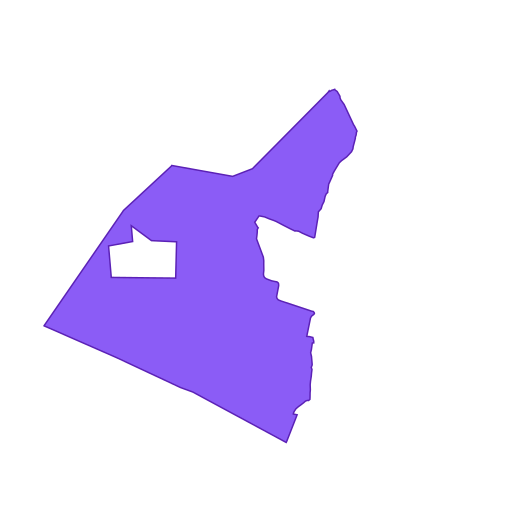 Zemam Out, Ash Sharqiyah, Egypt, rotated 126°
{"feature_id": "37247803B97784107411787", "entity_name": "Zemam Out", "entity_type": "district", "adm_level": 2, "iso_a3": "EGY", "parent_name": "Egypt", "parent_adm1": "Ash Sharqiyah", "projection": "natural_earth1", "projection_center": [31.601, 30.329], "detail": "fine", "context": "isolated", "style": "filled", "palette": "violet", "viewbox_px": 512, "rotation_deg": 126, "n_neighbors": 0, "source": "geoboundaries", "source_scale": "gbopen_adm2", "svg_char_len": 2394}
<svg xmlns="http://www.w3.org/2000/svg" viewBox="0 0 512 512"><g transform="rotate(126 256 256)"><path d="M292.4,158.2L291.5,158.8L290.9,159.3L289.5,161.0L288.5,162.1L289.8,165.4L290.5,166.5L291.2,167.7L274.7,175.2L274.4,175.4L273.1,175.6L272.0,175.7L269.3,174.9L268.3,174.9L268.0,175.1L267.6,175.6L267.2,177.0L267.9,178.5L277.7,209.3L278.4,212.2L278.0,214.0L276.9,215.4L266.7,220.2L265.3,221.3L264.7,222.2L264.6,223.8L265.6,225.9L266.9,228.8L267.8,232.1L268.4,234.3L268.4,236.4L267.7,237.9L266.3,239.3L262.9,241.3L257.7,245.2L255.3,246.9L252.6,249.4L241.8,265.7L238.7,267.4L236.3,268.8L235.4,269.4L233.9,270.5L232.6,270.7L231.9,270.8L231.9,271.2L229.4,276.9L228.1,276.9L221.9,277.1L221.3,276.3L219.3,272.0L218.1,266.9L216.8,262.5L216.2,260.0L215.0,251.7L213.8,244.1L212.9,239.1L212.5,239.0L210.9,236.1L210.3,231.8L208.7,224.6L207.5,220.2L206.5,219.5L205.6,219.9L205.0,220.2L192.1,226.7L188.0,228.7L183.6,231.5L182.7,231.4L179.5,231.1L178.9,231.3L175.8,232.4L174.5,232.6L172.0,233.0L167.2,235.1L164.5,235.7L164.2,235.7L162.5,235.3L162.0,235.7L161.5,236.0L155.0,239.5L153.7,239.7L145.8,241.4L144.8,242.1L143.5,242.3L142.4,242.4L142.1,242.5L141.1,242.6L132.9,243.3L131.6,243.4L128.5,242.8L122.5,240.9L115.4,240.0L114.5,240.2L114.0,240.3L112.7,240.5L112.3,240.6L110.3,241.7L105.1,243.7L102.4,244.8L101.4,245.5L99.3,246.1L98.0,246.8L96.9,247.5L96.3,247.5L95.6,247.7L93.1,252.5L92.4,254.3L91.5,255.9L81.6,273.8L79.8,279.2L78.7,280.9L77.4,282.0L75.2,287.0L75.2,288.4L75.2,289.9L74.9,290.3L76.0,291.0L77.5,292.2L79.3,292.9L79.6,293.1L79.3,293.9L81.4,293.9L167.4,307.1L187.5,310.2L205.3,321.7L232.3,377.4L233.0,377.3L297.1,390.0L298.4,389.9L435.8,386.5L437.0,386.5L437.1,386.4L436.1,382.0L420.2,309.2L406.8,239.8L403.2,227.2L389.1,122.0L387.9,122.2L360.3,129.4L361.9,132.9L361.2,133.3L359.9,133.6L359.3,133.7L359.2,133.7L358.6,133.8L357.9,133.8L356.1,133.9L352.8,133.1L350.4,132.3L349.4,132.0L346.7,131.2L344.3,130.7L342.7,129.6L342.0,128.5L341.0,128.3L340.3,128.1L339.7,128.5L338.6,129.2L334.8,131.9L332.4,133.3L328.3,136.5L324.9,138.5L320.8,140.6L318.0,142.3L314.9,144.0L313.7,145.8L311.2,146.5L310.5,147.0L304.6,152.1L302.2,154.9L299.1,156.2L293.3,159.3L293.0,159.0L292.4,158.2ZM316.8,364.3L316.0,365.0L304.8,374.7L304.8,373.7L305.0,349.6L291.2,328.6L320.2,308.6L321.1,308.0L335.2,327.8L358.4,360.5L334.5,381.2L334.0,380.7L316.8,364.3Z" fill="#8b5cf6" stroke="#5b21b6" stroke-width="1.5"/></g></svg>